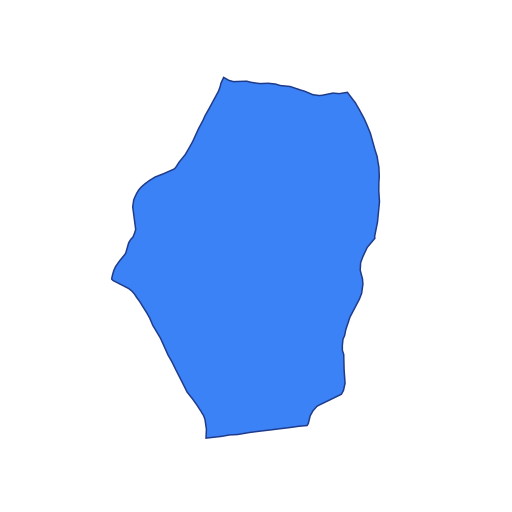 Zacualpa, Quiché, Guatemala, rotated 114°
{"feature_id": "79465075B97254104766130", "entity_name": "Zacualpa", "entity_type": "district", "adm_level": 2, "iso_a3": "GTM", "parent_name": "Guatemala", "parent_adm1": "Quiché", "projection": "albers", "projection_center": [-90.884, 15.093], "detail": "fine", "context": "isolated", "style": "filled", "palette": "blue", "viewbox_px": 512, "rotation_deg": 114, "n_neighbors": 0, "source": "geoboundaries", "source_scale": "gbopen_adm2", "svg_char_len": 1817}
<svg xmlns="http://www.w3.org/2000/svg" viewBox="0 0 512 512"><g transform="rotate(114 256 256)"><path d="M191.5,154.6L189.8,155.6L175.6,158.8L156.1,165.3L146.4,170.4L138.5,173.8L133.3,175.7L124.8,179.9L119.8,183.3L116.1,185.6L110.7,190.4L97.5,201.3L90.7,208.4L86.4,213.2L80.1,221.4L77.2,225.4L75.5,227.7L74.1,230.4L69.3,239.1L73.8,245.9L75.9,252.0L82.2,260.8L83.7,263.5L85.5,269.6L85.7,278.7L86.3,283.2L87.3,293.9L90.4,303.1L91.0,308.2L93.2,315.0L96.8,322.3L97.8,325.5L99.4,331.4L100.1,335.6L105.9,347.6L106.6,352.3L106.0,358.2L112.2,358.3L116.2,357.6L120.6,357.3L140.2,358.8L148.5,359.6L153.6,359.6L163.1,360.3L177.3,360.4L184.0,361.0L192.3,361.9L201.4,364.4L206.8,365.2L208.6,365.6L210.1,366.4L218.7,374.2L224.6,380.1L230.1,383.9L235.0,386.7L239.0,388.6L242.8,389.9L247.1,390.5L251.4,390.6L254.6,390.5L261.3,388.6L280.7,376.7L285.0,376.2L288.7,376.1L291.5,377.1L295.6,377.7L306.3,376.2L308.3,376.5L309.9,377.0L316.6,378.8L322.8,380.0L327.3,380.0L331.5,379.4L334.6,378.8L335.8,378.4L336.4,377.0L336.6,375.6L337.5,359.2L338.5,355.2L340.1,351.7L342.5,348.0L344.8,343.9L350.9,334.9L352.5,332.5L354.2,330.2L355.9,327.9L361.3,322.1L369.9,309.9L382.3,296.0L386.9,289.7L392.6,282.9L401.9,271.4L408.4,263.5L412.4,255.8L414.7,251.9L416.4,249.0L419.0,245.1L420.2,243.1L421.4,241.6L422.9,239.2L426.1,236.1L434.5,230.8L442.7,227.6L434.8,214.1L430.1,207.2L426.7,200.4L419.9,190.2L414.9,182.0L407.9,170.2L404.5,164.6L399.0,155.4L394.0,147.4L390.1,140.4L387.7,140.1L380.0,141.5L374.2,141.0L368.5,139.2L366.9,138.0L347.6,121.8L343.3,121.4L336.0,122.9L324.2,129.2L310.3,135.8L307.1,138.7L302.7,140.7L296.6,142.7L292.6,142.7L286.8,144.0L273.6,145.3L253.4,144.0L247.2,144.3L238.2,146.9L233.6,149.4L227.4,154.4L226.4,155.1L219.5,157.7L213.5,158.1L202.9,157.9L191.5,154.6Z" fill="#3b82f6" stroke="#1e3a8a" stroke-width="1.5"/></g></svg>